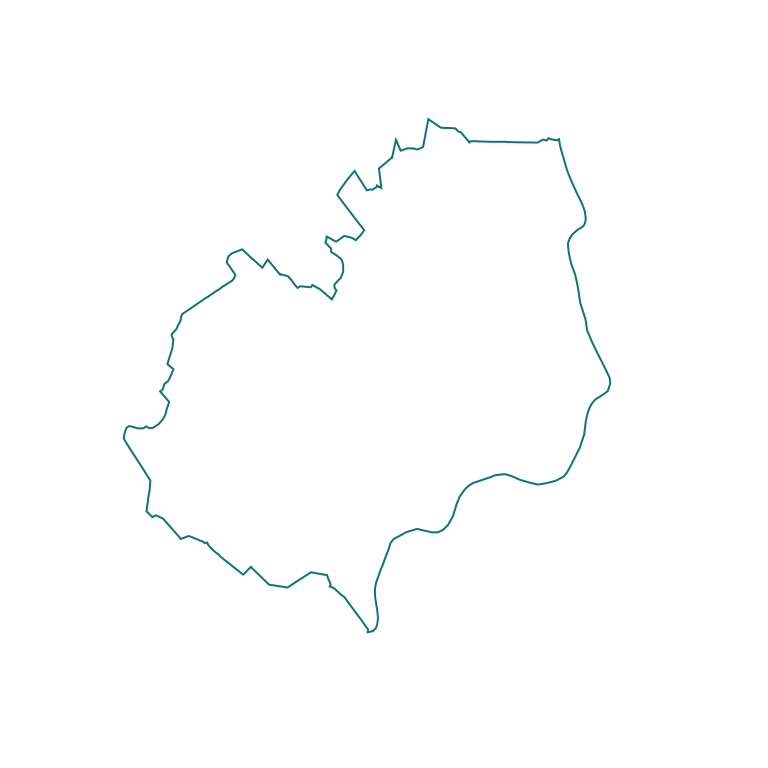 Mežotnes pag., Bauska, Latvia, rotated 242°
{"feature_id": "27541924B31734985735044", "entity_name": "Mežotnes pag.", "entity_type": "district", "adm_level": 2, "iso_a3": "LVA", "parent_name": "Latvia", "parent_adm1": "Bauska", "projection": "equal_earth", "projection_center": [24.115, 56.472], "detail": "fine", "context": "isolated", "style": "outline", "palette": "teal", "viewbox_px": 768, "rotation_deg": 242, "n_neighbors": 0, "source": "geoboundaries", "source_scale": "gbopen_adm2", "svg_char_len": 6082}
<svg xmlns="http://www.w3.org/2000/svg" viewBox="0 0 768 768"><g transform="rotate(242 384 384)"><path d="M465.5,140.6L466.4,139.3L466.5,137.7L466.3,136.6L466.1,136.0L464.5,134.1L462.3,131.8L458.1,128.6L450.1,129.0L449.6,129.0L447.9,129.2L447.1,129.2L437.1,130.1L420.6,131.5L414.5,131.9L408.3,132.3L399.9,126.9L399.7,126.6L399.4,126.5L396.5,124.2L395.4,123.3L394.1,122.4L391.7,120.7L389.3,119.0L387.3,117.4L386.7,116.9L386.0,116.6L384.8,115.8L383.1,114.5L380.5,115.4L378.1,116.1L377.5,116.2L376.7,116.6L375.4,117.2L375.2,117.1L375.2,121.0L368.9,125.7L359.7,127.9L356.4,128.7L345.5,131.3L342.7,131.7L342.4,133.4L342.2,134.8L341.7,138.8L341.5,139.9L341.3,140.3L341.0,140.7L340.2,141.5L336.1,144.8L334.0,146.6L332.1,148.1L329.6,150.3L328.0,150.9L327.6,151.3L327.6,151.8L327.2,152.6L327.2,153.3L326.9,153.5L326.3,153.5L325.5,153.3L325.3,153.1L319.7,154.3L317.3,155.1L313.1,156.9L312.9,156.8L311.6,157.9L308.4,158.5L281.9,170.1L282.4,172.2L283.2,174.6L285.0,180.7L283.7,181.0L282.0,181.5L264.2,187.2L261.3,188.1L260.9,188.3L260.5,188.6L260.3,189.0L259.8,189.6L257.3,193.0L252.5,199.4L251.5,200.7L249.8,202.8L249.7,203.0L249.6,203.3L249.6,203.6L249.9,206.5L250.0,207.5L250.3,210.5L250.6,213.4L250.7,214.8L250.7,215.1L250.8,215.3L250.7,215.6L250.9,217.3L251.0,218.2L251.1,220.0L251.2,221.7L251.4,223.5L251.6,225.1L251.7,227.1L251.9,229.4L252.1,231.1L251.3,232.0L250.9,232.6L248.3,235.8L242.0,244.0L237.6,243.2L234.8,243.2L231.8,242.5L231.2,242.0L231.1,241.4L230.7,241.1L230.6,241.4L227.6,243.7L227.0,244.1L226.4,244.3L223.6,245.2L222.4,245.7L218.7,247.0L217.2,247.4L216.2,248.2L215.3,248.6L214.2,249.0L212.7,249.2L212.1,249.3L210.1,249.6L206.9,250.0L199.2,251.2L195.6,251.7L192.5,252.2L188.9,252.8L185.0,253.4L182.9,253.6L180.8,253.8L175.7,254.6L174.7,254.7L172.5,253.0L171.0,258.2L171.8,260.5L172.7,262.9L175.8,265.8L180.3,268.9L188.1,272.1L192.2,273.4L197.5,275.2L202.0,277.0L205.3,278.7L207.4,279.9L209.9,281.8L212.6,284.1L216.0,287.8L217.7,289.7L221.4,293.7L225.2,298.3L229.7,303.3L236.9,311.5L240.6,315.1L242.6,319.7L242.6,328.7L242.7,334.4L240.5,345.2L230.4,356.8L227.8,362.0L227.5,367.9L229.6,374.6L235.0,382.9L243.9,391.8L249.2,398.2L252.1,404.0L253.3,406.7L254.6,412.0L254.7,416.4L253.1,426.3L251.8,433.9L251.3,439.4L247.6,448.6L243.0,453.2L235.3,459.3L228.4,466.5L223.1,472.4L221.9,475.8L220.2,480.8L217.9,490.6L217.9,499.2L219.9,503.9L222.7,508.3L226.5,513.8L236.1,527.3L245.5,537.1L256.8,545.0L262.8,550.2L266.3,554.1L268.7,557.6L269.9,560.0L271.2,563.6L271.9,573.6L272.8,578.4L278.0,583.8L283.2,586.1L293.1,586.6L309.3,586.9L323.5,587.4L336.3,588.6L346.5,592.3L363.4,595.3L366.7,596.4L375.5,599.7L383.9,602.2L391.5,604.3L400.2,605.4L406.9,606.9L414.0,609.1L419.0,611.1L421.8,612.4L425.2,616.2L427.8,620.8L429.2,627.3L429.8,634.1L431.7,637.0L434.7,639.4L437.5,640.7L442.4,642.4L447.5,643.2L452.5,643.6L462.4,643.9L472.2,644.5L479.5,645.1L487.5,646.1L501.3,649.0L511.5,651.2L518.0,653.5L517.8,651.5L521.0,647.1L521.6,646.5L523.3,645.0L523.7,644.9L522.7,641.7L525.2,639.1L525.1,633.7L525.1,632.9L533.6,617.4L534.7,615.4L539.5,606.9L541.0,604.7L542.6,601.6L547.7,592.1L552.1,584.3L555.0,579.3L555.4,579.0L557.8,573.9L557.2,572.8L570.1,570.1L571.6,568.6L572.0,568.2L576.1,567.1L577.7,564.6L581.2,558.7L581.7,557.5L583.8,554.4L597.0,547.5L584.1,537.1L575.0,529.8L575.0,529.4L575.2,525.1L575.3,524.3L575.9,523.0L576.3,522.5L576.9,521.9L578.4,520.5L578.4,519.9L581.0,515.7L582.2,508.2L593.4,509.2L594.0,509.2L580.9,498.1L580.3,497.6L580.7,497.4L580.0,496.3L578.4,489.0L576.7,480.9L576.7,480.7L574.9,480.0L569.3,477.9L568.9,477.7L565.3,476.3L564.3,476.0L558.7,473.7L558.4,473.6L562.1,471.2L561.5,471.0L562.0,470.7L561.5,470.4L561.3,467.3L560.9,465.2L561.5,464.5L562.5,462.4L562.5,462.1L563.1,459.8L566.6,459.5L569.2,459.3L572.9,459.0L580.3,458.4L585.9,458.0L583.1,451.0L581.8,447.7L576.1,436.2L572.8,431.5L565.6,432.6L560.8,433.4L546.1,435.8L538.9,437.0L537.7,437.2L535.5,437.6L533.8,438.0L530.0,438.6L529.1,438.8L526.6,433.8L524.3,426.6L528.0,424.3L529.1,423.2L533.2,418.8L533.5,418.2L532.8,414.1L532.2,409.4L532.4,408.6L533.3,407.7L536.1,405.9L536.9,405.4L541.1,402.6L539.0,401.2L538.3,400.7L536.3,398.6L530.5,400.3L529.4,400.6L528.7,400.8L528.4,400.8L528.1,400.7L525.8,399.5L525.6,399.4L525.3,399.4L525.2,399.4L523.2,400.5L520.4,402.2L520.3,402.3L517.8,403.4L514.8,404.6L512.8,404.8L512.5,404.8L512.2,404.8L511.9,404.7L511.4,404.6L510.6,404.4L509.6,404.1L508.9,403.9L508.2,403.7L506.4,402.8L504.0,401.6L502.9,401.0L502.2,400.6L501.6,399.9L500.3,398.4L499.2,397.1L498.1,395.7L497.5,394.1L497.3,393.4L496.5,390.9L495.7,388.7L495.1,386.9L493.8,386.1L491.9,385.6L490.9,385.6L489.7,385.9L489.1,386.0L488.8,385.8L485.8,381.7L484.6,379.8L483.2,377.6L489.1,375.4L492.1,374.2L498.7,371.5L500.2,370.3L505.1,367.2L503.9,365.2L503.9,364.7L504.3,364.0L505.7,362.3L505.8,361.6L509.1,356.8L509.5,356.2L509.6,355.9L509.4,353.4L509.4,352.9L509.8,352.7L510.4,352.5L515.4,351.5L517.7,351.2L519.7,351.0L522.6,350.2L523.8,350.0L524.2,349.8L529.7,344.1L529.3,343.7L529.6,343.5L548.2,339.8L548.5,339.7L543.8,331.2L544.2,331.0L555.5,326.9L555.6,326.7L559.1,325.5L559.3,325.5L569.5,322.0L570.8,310.9L569.7,306.5L565.4,302.3L564.7,302.3L558.3,303.1L555.4,303.4L551.6,303.9L550.3,304.0L549.9,303.9L547.2,300.3L546.6,298.5L546.2,293.9L546.1,292.3L546.0,291.3L545.8,289.4L545.7,288.0L545.7,286.7L545.3,285.0L545.1,283.8L544.7,277.9L544.5,277.2L544.3,274.8L544.0,271.7L543.7,269.8L543.7,268.3L543.5,265.6L542.8,260.1L542.7,258.8L542.3,255.4L540.5,238.8L539.0,236.8L535.3,234.0L534.7,233.0L534.3,232.4L533.5,231.2L532.3,229.4L530.6,227.3L530.0,226.4L529.7,226.0L528.9,223.6L528.5,222.4L527.9,220.7L527.5,220.0L527.2,219.6L526.9,219.5L526.4,219.3L524.5,219.0L522.9,218.8L522.2,219.0L519.5,217.0L515.3,214.2L513.0,211.9L506.6,205.4L503.3,202.1L501.1,203.0L500.7,203.1L497.5,204.4L496.6,204.8L495.9,205.0L495.8,204.9L491.5,199.7L488.0,194.9L487.1,190.1L485.2,188.1L483.0,186.0L482.5,182.9L469.0,185.9L463.8,180.3L461.7,178.5L459.6,176.6L456.6,172.0L454.3,165.8L454.1,163.3L453.7,159.8L453.7,159.7L455.1,156.2L458.3,153.9L457.8,151.1L460.0,146.3L465.5,140.6Z" fill="none" stroke="#0f766e" stroke-width="2"/></g></svg>